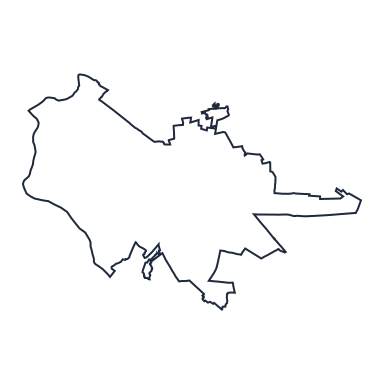 Craiova, Dolj, Romania
{"feature_id": "2599482B2601766067029", "entity_name": "Craiova", "entity_type": "district", "adm_level": 2, "iso_a3": "ROU", "parent_name": "Romania", "parent_adm1": "Dolj", "projection": "robinson", "projection_center": [23.801, 44.323], "detail": "fine", "context": "isolated", "style": "outline", "palette": "slate", "viewbox_px": 384, "rotation_deg": 0, "n_neighbors": 0, "source": "geoboundaries", "source_scale": "gbopen_adm2", "svg_char_len": 5953}
<svg xmlns="http://www.w3.org/2000/svg" viewBox="0 0 384 384"><path d="M261.3,258.5L264.1,256.8L266.2,255.8L278.5,249.0L279.4,250.1L280.5,250.8L281.5,251.2L282.6,251.5L284.8,252.5L285.7,252.0L281.3,246.7L279.0,244.2L276.5,241.2L274.6,239.4L274.9,239.1L274.1,238.1L273.7,238.2L266.4,229.1L263.7,226.0L260.4,222.2L254.0,214.3L258.5,214.5L274.0,214.6L279.7,214.7L282.5,214.5L287.3,214.5L289.2,214.8L293.6,216.0L294.6,216.1L296.8,215.8L297.9,215.8L302.6,216.2L306.2,216.3L319.9,215.6L329.6,215.0L355.9,212.9L356.9,210.6L357.6,209.6L361.0,200.3L349.1,193.5L347.0,194.2L342.9,190.0L341.4,191.6L336.7,188.5L335.8,191.1L343.2,196.4L340.4,198.5L320.1,199.0L320.0,196.4L309.1,195.7L309.5,194.2L300.4,193.8L295.6,193.5L293.8,193.1L291.0,193.6L288.6,193.8L281.9,193.7L274.5,193.1L274.5,190.3L274.4,190.1L274.6,189.7L275.0,187.6L275.0,185.7L275.4,181.8L275.5,177.2L275.4,176.7L274.1,174.5L272.6,172.2L271.8,171.7L270.3,171.4L270.3,169.4L270.2,162.5L269.5,162.4L269.3,162.0L265.5,163.2L262.5,163.6L261.5,160.2L263.2,159.5L263.0,159.1L259.9,154.4L257.0,154.5L247.1,153.4L246.5,154.3L246.0,154.7L245.7,154.8L244.7,155.5L244.6,155.2L245.1,152.3L243.6,150.5L243.0,149.0L242.5,148.4L242.2,147.4L242.2,146.2L236.1,147.1L234.8,147.1L233.4,147.4L230.2,141.3L225.3,132.5L223.9,132.1L223.3,132.0L215.1,133.9L217.3,120.3L222.1,118.9L224.2,117.9L228.3,115.7L228.7,115.4L228.8,115.0L228.7,114.3L227.4,111.2L228.2,109.4L227.4,106.4L226.3,106.6L225.2,108.0L224.4,108.2L222.9,108.1L217.0,108.4L217.5,107.1L218.6,105.5L218.4,105.4L218.6,104.7L218.7,104.2L217.5,103.9L217.3,105.4L216.7,105.3L216.7,106.3L215.9,106.1L215.9,105.4L215.3,105.3L215.0,105.7L214.5,105.5L214.6,103.5L214.2,103.8L214.2,104.4L213.4,104.9L213.6,105.0L213.0,106.4L216.3,107.5L216.1,108.8L212.2,108.8L208.7,109.1L208.9,110.1L205.3,111.1L201.7,112.0L202.1,113.5L205.0,112.7L205.7,114.5L206.6,114.3L207.0,115.4L207.4,115.3L207.7,116.8L206.8,117.1L207.0,117.5L206.1,117.7L206.6,119.2L212.4,117.4L212.4,117.8L211.0,126.7L211.0,126.8L211.3,126.8L216.2,125.7L215.7,128.6L207.2,127.5L206.8,130.4L203.1,129.4L201.2,128.8L201.5,125.9L198.6,125.5L198.6,120.0L190.8,122.4L190.3,122.5L191.1,117.6L188.2,117.8L182.0,118.6L182.2,119.7L183.1,122.1L183.0,124.9L178.8,125.2L173.7,125.8L173.7,127.8L174.0,132.6L174.2,138.6L173.6,138.8L168.8,140.1L168.7,140.2L168.8,140.8L169.8,143.2L170.2,144.5L168.2,144.6L164.4,144.4L164.0,143.0L163.3,142.6L163.1,141.9L162.7,141.7L161.5,141.6L160.2,141.6L159.4,141.3L155.4,141.8L154.6,141.8L153.8,141.5L142.5,133.2L142.0,132.2L141.1,131.4L139.1,130.3L136.5,128.4L135.5,128.1L134.2,127.0L133.1,126.2L130.5,124.0L129.4,122.9L113.4,110.2L102.0,101.6L99.2,99.8L99.3,99.0L100.4,98.3L101.0,97.3L102.0,96.7L102.4,95.8L103.4,94.0L105.8,91.7L107.5,90.8L108.0,90.1L101.2,86.4L100.5,86.2L100.0,85.3L98.8,84.3L98.7,84.0L99.1,83.2L98.2,82.3L97.5,82.1L96.6,80.7L95.9,80.3L94.6,80.1L94.0,80.2L88.5,76.7L84.4,75.1L79.8,74.4L78.5,75.0L78.2,76.9L79.2,85.7L78.8,86.1L78.3,86.9L78.0,87.9L77.9,89.0L77.8,89.4L75.8,91.7L74.6,92.6L73.0,95.1L72.4,95.8L67.7,98.5L66.1,99.2L63.1,99.9L61.6,100.0L60.2,100.4L58.8,100.6L57.1,100.0L55.6,99.2L54.8,98.3L51.1,97.7L49.1,97.5L47.6,97.6L46.4,97.9L45.3,98.7L43.7,100.6L41.6,102.4L37.7,105.1L30.2,109.4L28.6,110.8L33.5,116.1L36.7,118.7L38.6,122.4L38.5,124.4L38.2,125.9L37.7,127.5L34.8,131.9L33.7,134.1L33.1,137.1L33.2,142.0L34.5,145.3L35.5,150.9L35.5,152.8L34.6,155.7L34.1,157.5L33.3,160.9L32.9,164.5L30.5,170.8L29.9,173.8L28.8,176.4L24.9,179.8L23.9,181.0L23.0,183.7L23.1,184.8L24.2,188.2L26.6,193.6L30.7,196.5L34.8,198.6L43.2,200.4L48.5,201.2L53.6,204.1L60.9,207.6L67.1,211.9L71.4,218.2L79.5,228.4L85.3,232.6L89.4,239.5L90.5,242.1L90.6,246.6L91.7,250.3L92.5,254.1L93.9,258.8L93.9,261.8L94.4,262.8L95.4,264.1L99.2,266.6L102.9,269.3L107.3,273.7L110.0,276.9L114.8,270.9L112.0,268.9L111.5,268.1L111.7,266.7L113.9,265.5L116.1,263.7L118.1,263.2L120.5,262.0L120.9,261.8L122.8,259.3L125.2,259.9L125.7,259.0L126.4,259.1L127.3,259.1L127.9,258.7L129.2,257.4L129.4,257.2L129.4,256.7L129.7,255.6L133.1,247.5L135.6,242.3L135.7,242.2L136.5,243.0L137.4,244.4L139.0,246.2L140.8,247.3L141.5,247.5L143.7,248.7L145.7,250.2L146.0,250.9L146.0,251.2L144.5,252.9L144.7,253.6L144.5,254.0L143.2,254.6L143.1,255.0L143.5,255.8L144.7,257.9L146.5,257.4L152.2,251.9L158.6,244.3L158.6,245.1L159.1,247.2L159.5,248.7L160.1,250.0L158.9,250.6L159.4,251.7L159.4,252.0L159.2,252.1L159.9,253.2L159.5,253.7L159.4,253.9L159.1,254.2L158.8,254.2L158.0,253.5L157.8,253.5L157.2,252.9L157.2,253.1L155.5,254.6L155.7,254.8L155.5,255.0L150.3,260.1L149.2,259.4L148.5,260.4L147.1,262.6L145.8,262.5L145.3,263.0L144.9,264.5L142.9,270.1L142.5,272.2L143.8,273.5L143.8,273.9L144.0,274.2L144.0,276.3L144.6,276.3L144.8,277.9L146.7,278.1L147.2,278.0L148.6,279.2L149.6,279.3L149.3,278.5L149.3,277.7L150.3,275.1L150.2,274.7L149.3,273.6L149.3,273.4L149.7,272.7L151.2,271.2L151.7,270.4L151.8,268.7L152.2,268.7L152.3,268.5L151.6,266.7L150.1,264.5L150.4,264.3L150.0,263.7L151.2,262.8L150.6,262.0L162.4,253.1L165.9,260.1L170.5,267.6L172.2,270.8L173.8,273.2L176.0,277.1L176.9,278.2L179.1,281.4L181.8,281.0L185.2,281.1L189.4,280.5L195.1,285.8L204.0,294.0L202.7,295.3L203.1,295.6L202.7,295.9L203.6,296.6L203.1,297.2L203.7,297.8L202.5,298.9L203.1,300.1L203.8,300.5L204.3,301.2L205.4,300.6L207.9,302.6L210.1,301.8L213.1,303.8L214.1,302.9L221.9,309.6L222.2,309.3L222.4,307.0L222.8,306.7L225.3,306.7L225.4,305.8L225.6,305.6L225.5,305.2L225.9,304.2L227.1,302.9L227.1,302.1L227.3,301.0L226.8,297.5L227.0,294.8L227.3,294.5L227.4,294.2L227.1,294.0L227.1,293.8L227.4,293.6L227.6,293.2L227.8,293.1L229.4,292.6L232.5,292.5L233.0,292.6L234.8,292.7L233.4,286.5L233.1,284.6L233.1,283.7L232.7,282.6L228.9,282.8L216.9,281.5L216.3,281.5L208.8,280.8L213.9,273.1L215.6,269.9L216.4,268.1L217.1,265.4L218.1,261.3L218.4,259.5L219.2,256.2L220.3,250.5L224.2,251.0L228.6,252.4L232.6,252.8L235.8,253.8L238.3,254.3L240.0,254.4L241.0,254.8L241.4,254.0L242.1,253.4L242.2,253.0L242.2,252.7L242.7,251.9L245.2,248.5L261.3,258.5Z" fill="none" stroke="#1e293b" stroke-width="2"/></svg>